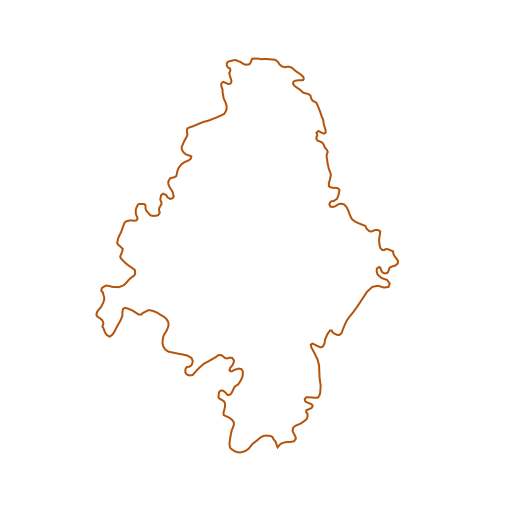 the district of Mogilev, Mogilev, Belarus, rotated 114°
{"feature_id": "67162791B13586571917215", "entity_name": "Mogilev", "entity_type": "district", "adm_level": 2, "iso_a3": "BLR", "parent_name": "Belarus", "parent_adm1": "Mogilev", "projection": "albers", "projection_center": [30.317, 53.845], "detail": "fine", "context": "isolated", "style": "outline", "palette": "amber", "viewbox_px": 512, "rotation_deg": 114, "n_neighbors": 0, "source": "geoboundaries", "source_scale": "gbopen_adm2", "svg_char_len": 6113}
<svg xmlns="http://www.w3.org/2000/svg" viewBox="0 0 512 512"><g transform="rotate(114 256 256)"><path d="M382.9,367.7L383.2,367.1L384.9,365.0L387.1,363.1L388.9,360.0L389.2,356.8L386.0,355.1L382.0,354.5L377.0,354.3L370.4,353.6L364.9,353.7L362.1,355.1L358.4,355.9L356.8,354.8L356.2,352.4L356.1,349.7L356.0,347.0L356.4,344.4L357.2,339.4L356.1,336.9L354.2,336.3L349.1,332.1L348.2,328.6L348.0,326.2L348.0,322.7L348.6,319.0L348.9,315.8L349.9,312.3L352.0,309.3L354.6,307.8L357.0,307.4L360.3,307.3L365.8,308.0L369.0,307.6L373.7,306.0L376.4,303.8L378.5,300.5L379.0,296.9L376.6,286.1L376.0,283.9L374.9,278.4L375.1,275.6L375.5,273.3L377.9,270.9L380.5,270.5L382.2,270.5L384.3,272.0L385.7,274.2L388.0,274.4L391.0,273.3L392.4,271.1L392.2,268.3L390.6,265.5L384.0,263.4L380.6,262.1L375.8,259.9L370.9,256.1L364.7,251.6L362.0,250.2L360.7,247.5L361.2,244.6L361.9,243.0L361.4,240.8L359.5,238.6L358.8,236.2L360.4,233.6L362.3,233.1L365.4,233.1L368.5,234.1L371.3,233.7L371.7,232.4L370.9,230.8L369.3,229.9L367.3,227.7L365.8,225.9L365.3,223.1L367.0,221.0L370.1,219.7L372.8,219.2L377.8,219.5L380.7,220.1L382.1,221.1L384.0,222.3L386.7,222.5L389.4,222.5L392.0,222.8L393.7,223.7L394.5,225.6L393.1,228.6L392.6,230.5L392.5,232.3L393.8,233.9L395.6,234.3L399.9,233.1L401.0,231.9L401.6,227.1L402.0,225.7L403.2,224.6L404.5,223.7L406.3,223.0L410.5,222.2L412.3,222.0L413.5,221.4L414.5,220.7L414.5,216.4L414.8,213.5L415.6,210.8L417.2,208.4L419.6,207.5L425.2,207.2L427.2,206.9L432.2,205.7L438.2,204.0L441.0,202.2L442.0,201.1L442.5,199.3L443.1,195.8L442.6,192.2L441.7,190.2L439.8,187.8L437.3,185.6L434.6,184.2L428.9,182.7L423.8,179.9L419.8,178.0L417.2,175.9L415.8,173.3L414.6,169.8L414.6,167.5L416.4,165.3L417.5,162.8L421.3,159.2L422.0,158.4L418.8,157.6L417.4,156.9L415.2,154.8L413.2,151.9L412.0,149.1L409.8,145.9L406.6,145.3L404.6,146.9L402.8,149.3L401.0,151.4L399.2,152.0L397.6,152.2L395.2,151.0L390.7,146.9L387.4,144.9L384.4,143.4L381.4,143.7L379.2,144.8L378.2,146.7L376.4,147.3L375.1,146.0L372.2,143.4L369.8,143.2L368.8,145.0L369.0,150.1L368.8,151.8L366.8,153.3L364.5,152.5L362.6,147.6L361.5,144.4L360.1,141.7L357.1,141.4L354.9,141.7L347.9,144.3L343.9,146.9L340.2,149.0L330.1,154.0L325.2,158.0L322.3,161.6L321.1,162.9L316.9,168.4L314.7,169.9L313.1,168.9L313.0,167.5L313.2,164.4L313.3,160.1L311.9,158.3L310.0,157.9L307.7,157.9L304.6,158.9L298.4,159.0L293.9,158.1L293.3,156.6L294.5,155.1L295.0,153.2L295.1,150.0L294.2,147.6L291.6,146.5L287.0,146.8L282.2,146.9L278.0,146.8L273.8,146.0L268.1,144.4L261.0,142.9L243.4,140.0L237.0,137.2L235.3,135.0L233.5,132.0L232.8,126.3L230.4,122.4L226.8,122.6L224.5,126.6L224.9,129.8L225.0,132.6L224.1,135.8L223.0,137.9L220.8,139.6L218.3,140.5L215.9,139.0L216.3,137.4L218.0,136.0L219.4,134.2L219.7,131.6L218.3,129.3L216.8,128.8L214.2,129.1L212.2,129.1L210.1,127.3L208.0,124.8L205.2,123.5L202.9,124.1L201.2,126.6L200.1,128.9L199.0,130.4L197.7,131.8L196.0,132.5L196.1,135.7L196.1,138.3L197.2,140.7L198.6,141.3L199.1,143.4L198.0,145.8L196.3,147.2L193.9,148.7L191.4,150.0L188.1,151.1L186.4,151.4L183.0,152.5L182.6,154.9L183.7,157.6L186.9,160.8L187.2,162.8L186.2,165.8L184.1,168.3L184.4,176.2L184.2,180.0L183.2,183.6L180.1,187.2L177.2,189.9L174.3,193.4L173.0,196.8L173.8,199.9L175.2,201.8L178.2,203.7L179.7,205.4L180.7,207.9L179.3,209.8L177.3,210.2L175.5,209.5L173.9,207.1L170.8,205.3L168.6,205.3L166.4,205.5L161.9,206.5L160.8,208.8L161.2,210.8L162.3,212.9L162.9,215.8L162.6,217.8L159.5,219.2L156.9,219.4L154.5,219.9L153.2,220.1L151.3,220.7L149.6,222.0L146.6,225.1L141.9,228.5L139.9,229.7L136.5,231.9L134.5,232.6L131.8,232.8L130.2,234.4L129.0,237.1L126.8,239.4L125.4,241.7L125.4,244.5L125.6,246.7L124.7,248.2L123.1,249.1L121.4,249.0L120.5,249.3L118.8,250.9L116.4,249.9L116.7,245.8L116.5,243.5L114.8,242.6L112.9,243.6L111.4,244.7L108.4,247.4L104.1,250.2L102.0,252.6L98.4,255.8L94.1,260.2L91.4,263.2L91.1,267.5L89.5,269.8L87.2,271.6L86.8,274.0L87.1,276.3L87.6,279.0L87.2,280.7L86.3,283.0L85.0,289.8L83.8,292.0L82.7,292.6L81.4,292.6L79.9,291.4L78.0,288.4L77.3,286.7L76.2,284.5L74.8,284.4L73.1,285.7L71.9,289.4L71.0,294.6L70.2,297.3L69.4,299.9L69.8,303.6L71.8,306.3L72.2,309.7L71.3,312.7L69.9,314.6L68.9,318.3L72.1,327.4L74.0,331.1L74.9,334.6L76.3,337.8L77.4,339.8L81.6,339.6L83.5,340.0L85.5,343.2L85.6,346.1L85.0,349.4L85.3,351.5L85.2,354.1L86.5,356.4L88.2,358.7L90.2,360.8L92.3,361.0L93.7,360.3L95.2,358.4L95.2,356.2L96.2,355.2L97.5,354.8L99.9,354.8L102.5,352.7L105.8,349.8L107.2,349.3L109.0,349.5L110.2,351.5L110.2,356.7L112.0,357.7L113.2,357.6L114.4,357.2L115.9,356.0L116.8,354.9L118.4,353.8L119.9,353.2L122.6,351.3L124.8,350.0L129.0,345.4L131.5,343.5L134.4,342.5L136.7,342.5L139.2,342.9L145.0,347.9L151.6,354.4L154.9,358.6L159.5,363.0L163.2,366.4L165.1,368.6L166.3,369.7L167.4,370.5L168.3,370.5L170.7,369.6L172.8,368.1L174.5,367.8L178.8,368.2L182.7,368.3L186.9,368.2L188.6,367.2L189.9,365.8L191.0,363.8L191.7,361.4L191.4,357.8L191.3,355.6L192.5,355.3L194.2,355.3L196.0,356.4L199.2,359.4L202.3,361.3L204.0,361.8L206.9,362.5L210.1,362.4L213.7,361.6L215.6,361.4L217.3,362.7L220.0,366.1L223.6,366.4L225.9,365.4L228.1,363.1L230.1,360.1L231.6,358.1L235.0,355.4L237.0,355.6L238.8,357.6L238.4,360.6L236.9,362.7L236.8,366.2L239.3,367.4L243.4,366.4L245.4,364.3L247.2,363.4L249.0,363.7L251.7,363.9L253.8,363.1L255.6,361.5L257.4,361.7L258.7,362.1L260.5,364.7L261.6,367.5L261.7,369.4L259.2,374.6L257.6,376.2L254.6,377.6L254.0,379.2L255.9,383.8L257.0,384.7L260.9,384.9L263.0,384.5L266.1,383.1L267.5,381.8L268.9,380.2L270.5,379.3L272.3,379.9L273.5,382.0L274.4,385.1L276.9,388.5L279.0,389.6L284.0,389.4L289.4,388.9L292.9,389.2L297.0,389.0L300.8,388.0L301.8,386.4L302.5,383.8L303.7,380.6L306.5,380.0L311.6,379.9L312.9,378.8L314.2,375.9L315.6,372.1L316.6,368.3L317.4,363.6L318.2,360.8L321.6,359.1L323.8,359.5L326.1,361.0L327.8,361.8L330.0,362.7L332.6,363.4L336.3,364.8L340.2,368.5L342.5,374.2L343.0,376.9L343.4,379.2L344.1,381.0L347.0,383.3L348.4,383.7L350.2,383.4L351.1,382.8L351.6,380.8L353.4,379.8L355.0,378.2L357.1,377.1L360.3,376.6L364.2,376.7L366.4,377.0L368.8,377.8L371.3,378.4L373.6,378.2L375.0,377.6L375.9,376.1L376.4,373.2L377.0,370.8L378.6,368.7L379.8,367.9L382.9,367.7Z" fill="none" stroke="#b45309" stroke-width="2"/></g></svg>